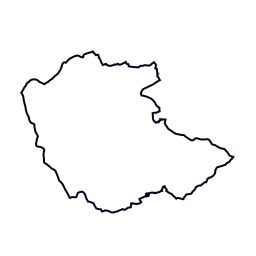 La Estrella, Antioquia, Colombia, rotated 344°
{"feature_id": "7082276B46086591209782", "entity_name": "La Estrella", "entity_type": "district", "adm_level": 2, "iso_a3": "COL", "parent_name": "Colombia", "parent_adm1": "Antioquia", "projection": "orthographic", "projection_center": [-75.641, 6.139], "detail": "fine", "context": "isolated", "style": "outline", "palette": "ink", "viewbox_px": 256, "rotation_deg": 344, "n_neighbors": 0, "source": "geoboundaries", "source_scale": "gbopen_adm2", "svg_char_len": 5800}
<svg xmlns="http://www.w3.org/2000/svg" viewBox="0 0 256 256"><g transform="rotate(344 128 128)"><path d="M52.7,179.1L55.0,179.0L56.2,179.3L58.6,180.2L59.1,180.1L59.5,179.9L60.1,178.9L61.7,176.8L62.4,176.5L63.9,176.3L66.5,176.6L67.9,178.4L68.4,180.1L68.5,183.9L69.1,186.9L69.2,187.5L69.5,187.7L70.5,188.2L71.6,188.9L72.3,189.4L73.4,190.4L74.1,190.9L74.3,191.6L74.4,192.8L74.7,194.2L75.4,196.7L77.8,198.1L79.6,198.7L79.8,199.8L79.7,200.7L79.8,201.0L80.2,201.2L80.9,201.2L81.5,201.0L83.1,200.9L84.1,201.2L85.1,201.7L86.2,202.3L89.0,204.6L90.4,205.1L95.1,205.2L96.9,204.8L98.7,204.8L99.6,204.5L100.3,204.4L101.1,204.9L101.8,205.6L102.9,205.6L103.4,205.7L105.4,204.8L106.3,204.7L107.2,204.8L108.2,205.0L108.9,204.9L109.4,203.4L109.9,202.9L110.1,201.5L110.7,201.3L111.2,201.5L113.1,202.5L113.9,202.7L114.4,203.1L115.2,203.4L116.4,203.4L116.9,203.5L117.3,203.7L118.7,203.6L120.3,202.9L119.6,201.0L119.5,199.3L122.2,198.9L123.5,198.9L124.8,198.5L128.7,199.0L129.3,198.6L129.5,198.3L126.9,197.4L127.2,196.9L127.7,197.0L128.2,196.9L127.5,196.3L127.4,196.1L127.6,196.0L128.5,196.3L129.8,196.3L130.4,196.6L132.0,196.5L133.7,196.8L134.9,197.5L134.9,197.4L135.8,197.6L136.0,197.7L136.2,198.1L136.7,198.3L137.4,198.3L137.6,198.1L138.4,198.0L140.6,198.3L142.4,197.4L142.8,197.5L143.4,197.8L143.4,197.0L144.4,195.5L144.7,195.4L145.3,194.5L145.9,194.1L146.5,194.2L147.2,194.0L147.3,194.1L147.1,194.7L147.2,195.6L147.5,196.4L147.9,197.2L148.2,198.2L148.0,198.6L147.5,199.1L150.1,202.2L151.0,202.7L152.0,203.8L152.4,204.9L152.4,205.0L154.2,207.8L154.8,209.0L155.0,208.8L155.3,209.0L156.4,209.0L157.2,209.2L158.4,210.0L161.6,211.7L161.8,211.2L162.2,210.7L163.2,209.9L164.1,209.4L165.5,208.1L166.9,208.1L169.3,208.5L170.4,208.5L171.2,208.2L172.6,206.9L173.4,206.6L175.0,205.7L176.1,204.7L176.5,204.0L176.9,203.6L177.6,203.5L178.1,203.3L178.3,203.3L179.2,203.0L179.6,202.9L180.8,203.0L182.0,203.4L182.6,203.2L184.0,202.3L184.9,202.2L186.5,201.4L186.9,201.4L188.2,201.6L188.9,201.0L189.5,199.9L190.4,199.0L190.8,198.7L192.2,198.1L193.5,198.3L195.5,197.8L196.9,197.3L197.9,196.6L199.2,195.4L199.7,194.5L200.3,192.7L200.9,192.2L202.2,190.7L203.3,190.3L205.3,190.4L206.3,190.3L207.3,190.4L209.6,190.2L211.1,190.3L211.8,189.8L212.8,189.4L213.4,189.0L214.1,188.7L215.2,188.8L216.1,188.4L218.3,186.7L220.4,185.7L221.2,184.8L218.5,183.0L218.0,182.4L217.5,180.7L217.1,179.3L216.9,178.6L216.0,177.5L215.5,175.8L215.0,175.1L214.5,174.6L213.5,174.0L212.5,173.7L210.6,172.2L209.4,171.2L206.9,168.4L205.3,167.6L204.4,166.8L203.9,165.9L203.8,164.7L203.5,163.8L202.5,161.5L201.9,160.9L201.1,160.6L198.3,160.1L196.8,159.7L195.0,159.1L192.2,157.3L190.9,156.7L190.1,156.6L189.4,156.7L188.3,157.3L187.5,157.6L186.8,157.7L186.1,157.5L185.4,157.1L184.4,156.3L182.8,154.2L181.9,153.3L180.9,152.1L180.2,150.6L179.8,150.3L176.3,148.9L175.3,148.2L172.8,147.1L171.6,146.1L170.3,144.6L169.3,143.2L166.9,140.4L166.3,139.5L164.9,135.0L164.8,133.8L164.8,133.2L165.1,132.6L166.4,130.2L163.7,129.3L162.6,129.4L162.4,129.2L162.3,128.9L162.2,129.0L161.9,129.2L161.5,128.9L161.5,129.1L161.3,129.2L160.6,129.3L160.4,129.7L160.0,129.7L160.0,130.1L159.9,130.1L158.8,130.3L158.7,130.5L158.8,130.9L158.7,130.9L157.5,130.2L157.2,130.3L156.6,130.6L156.1,130.6L156.0,130.2L155.0,128.4L154.6,127.3L154.6,126.7L154.7,125.4L155.0,124.3L155.1,123.5L155.8,120.5L157.7,120.6L159.0,121.1L159.3,121.1L159.5,121.0L160.0,121.0L160.4,120.9L163.0,120.7L163.1,119.7L163.7,117.6L163.7,117.1L162.4,115.7L161.8,114.7L161.3,113.5L161.1,112.5L161.1,111.1L160.3,109.7L159.8,108.3L158.8,106.8L157.5,105.3L155.3,103.7L154.1,102.6L152.9,102.1L151.9,101.3L150.0,100.5L150.0,99.3L149.9,99.1L149.9,98.5L150.2,97.7L151.5,96.2L152.5,95.3L153.3,94.9L154.6,94.6L163.0,93.2L164.9,92.8L169.3,91.3L171.9,90.8L170.9,87.1L170.5,86.6L170.6,86.1L171.0,84.2L171.9,83.9L171.8,83.7L171.3,82.8L172.0,79.1L170.8,78.3L170.7,78.1L170.8,77.4L171.5,76.9L171.9,76.4L172.2,75.6L172.2,74.5L171.7,73.5L171.3,72.1L170.3,72.2L169.1,72.6L166.2,73.9L165.9,73.9L165.4,73.8L161.3,72.2L159.2,72.3L157.3,71.7L156.7,71.8L155.3,72.5L154.8,72.6L150.6,71.1L146.0,69.1L145.7,68.7L146.0,67.8L146.0,66.8L145.7,66.6L144.9,66.5L144.7,66.4L144.2,65.4L144.1,63.8L143.3,63.9L142.2,64.5L141.0,64.5L139.9,64.8L138.0,65.0L137.0,64.8L136.3,63.7L135.9,63.4L134.2,63.9L133.4,63.4L132.7,63.2L131.8,63.6L130.0,63.4L128.7,63.5L126.4,62.9L126.0,62.0L125.1,61.8L124.8,61.6L124.5,60.2L123.6,60.3L121.2,60.6L120.5,58.0L120.1,54.6L119.9,53.2L119.2,52.4L119.7,51.1L119.5,49.9L119.3,49.2L117.3,49.2L116.8,48.0L116.0,46.8L115.3,44.9L115.1,45.1L112.7,44.9L107.9,45.0L106.5,45.2L105.9,45.4L105.3,45.9L105.0,46.3L104.8,47.2L104.4,47.6L104.1,47.6L103.8,47.6L103.4,47.4L102.4,46.8L100.1,44.7L99.6,44.5L97.4,44.3L96.5,44.3L94.5,44.6L91.3,45.3L89.4,46.1L86.4,48.1L85.9,48.0L85.2,47.4L84.5,47.3L84.0,47.5L82.9,48.2L82.2,48.9L81.2,50.6L79.3,53.2L76.1,56.0L75.4,56.5L71.5,58.2L68.3,60.0L65.7,60.7L64.1,61.6L61.5,62.1L60.0,62.8L59.5,62.8L57.7,61.0L56.3,59.9L55.6,59.2L54.2,57.2L53.3,56.3L51.3,55.4L50.3,55.1L47.5,55.2L46.4,55.6L45.3,56.5L44.4,56.6L42.9,57.4L42.5,57.7L42.1,58.5L41.6,59.0L39.0,60.9L37.8,62.3L35.1,64.8L35.5,66.1L36.0,68.2L35.4,73.9L35.2,77.8L35.3,78.9L34.8,82.6L34.9,86.5L35.1,87.7L35.6,89.5L35.6,90.2L35.3,91.9L35.3,93.1L35.8,95.3L36.3,96.3L38.6,98.2L38.8,98.6L38.9,99.0L38.8,99.8L38.3,101.4L38.1,104.9L38.0,106.6L38.2,107.5L39.0,109.8L39.1,110.6L38.8,111.7L37.8,112.9L35.3,117.7L35.1,118.6L35.1,119.5L35.2,120.2L35.5,120.5L36.2,121.0L38.6,122.1L39.6,122.9L40.8,124.0L41.3,125.0L41.4,125.8L41.3,126.5L40.4,128.0L39.4,130.2L38.7,134.5L38.3,136.1L38.0,137.1L38.0,138.3L38.2,138.6L40.0,140.5L43.7,146.1L44.5,146.9L45.8,148.0L46.2,148.9L46.5,149.6L47.0,154.2L47.2,155.8L47.3,159.4L47.5,159.9L48.5,161.3L48.8,162.0L49.7,164.2L50.8,170.4L51.1,171.5L51.5,172.8L52.0,175.2L52.2,176.1L52.7,179.1Z" fill="none" stroke="#020617" stroke-width="2"/></g></svg>